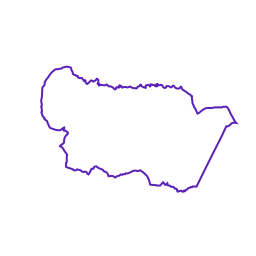 Derre, Zambezia, Mozambique (Mercator projection), rotated 296°
{"feature_id": "85939544B72257349680566", "entity_name": "Derre", "entity_type": "district", "adm_level": 2, "iso_a3": "MOZ", "parent_name": "Mozambique", "parent_adm1": "Zambezia", "projection": "mercator", "projection_center": [36.148, -17.057], "detail": "fine", "context": "isolated", "style": "outline", "palette": "violet", "viewbox_px": 256, "rotation_deg": 296, "n_neighbors": 0, "source": "geoboundaries", "source_scale": "gbopen_adm2", "svg_char_len": 5701}
<svg xmlns="http://www.w3.org/2000/svg" viewBox="0 0 256 256"><g transform="rotate(296 128 128)"><path d="M186.7,159.7L188.1,158.1L188.3,157.7L188.3,157.4L187.9,157.2L186.6,157.1L186.1,156.7L185.6,156.0L185.2,155.6L185.0,154.7L184.9,152.9L185.3,151.9L185.9,151.1L186.0,150.4L185.6,149.8L185.2,149.6L184.4,149.5L183.6,149.2L183.3,148.8L183.5,147.1L183.4,146.2L182.4,144.2L182.2,144.1L181.3,144.3L180.7,144.1L180.1,143.6L180.0,142.7L180.1,142.1L180.8,140.7L181.3,140.0L181.4,139.3L181.3,138.8L181.1,138.5L180.3,137.8L180.0,137.2L180.1,136.6L180.5,135.1L180.3,134.8L179.9,134.6L178.9,134.6L178.8,134.8L178.8,135.6L178.5,135.9L178.1,135.7L177.8,135.2L177.6,134.6L177.6,134.0L178.1,133.6L178.3,133.2L178.3,132.8L177.9,132.1L177.6,131.4L177.6,130.4L177.4,129.7L177.1,129.2L175.8,129.8L175.5,129.8L175.1,129.7L175.0,129.4L175.5,128.3L175.6,127.5L175.5,127.2L174.4,125.8L174.0,125.4L173.7,125.4L173.0,125.6L172.2,126.3L171.8,126.3L171.7,125.2L171.4,124.3L171.5,123.4L171.5,121.7L171.8,121.3L172.4,120.9L172.5,120.6L172.4,120.2L172.1,120.0L171.0,119.9L170.6,119.8L170.0,119.4L169.2,118.6L167.8,118.6L167.5,118.4L167.2,117.9L167.0,117.2L166.6,116.4L166.0,114.1L166.1,111.7L165.9,111.3L164.3,110.0L164.1,109.3L163.9,108.2L163.4,107.0L162.4,105.6L161.8,105.2L161.9,104.7L162.6,103.9L162.8,103.6L162.7,101.8L162.2,101.5L161.7,101.5L161.3,101.9L161.1,102.4L160.9,102.6L160.7,102.5L160.4,102.1L159.7,100.1L159.4,99.7L158.2,100.0L157.6,99.9L157.3,99.7L156.9,99.2L157.1,98.3L157.8,96.7L157.8,93.9L157.6,93.4L157.1,92.8L157.0,92.2L157.2,91.4L157.7,90.6L157.8,90.0L157.5,89.5L156.5,88.8L155.8,87.7L154.9,84.6L154.2,84.0L153.7,83.7L153.5,83.3L154.0,82.7L155.1,82.6L155.1,82.4L154.9,82.1L154.4,81.7L154.5,81.3L155.3,81.4L156.1,81.3L157.0,80.8L157.7,80.6L158.1,80.4L158.3,80.1L158.5,79.1L158.7,78.9L158.7,78.6L158.5,78.3L158.1,78.2L157.0,78.1L156.4,78.0L156.1,77.7L155.4,76.9L154.6,76.7L154.5,76.2L154.8,74.7L154.6,74.0L154.4,73.8L152.3,73.2L151.3,72.7L150.5,72.5L149.9,72.2L149.6,71.6L149.8,71.0L150.6,70.0L150.8,69.3L151.1,69.0L151.8,69.0L152.0,68.8L151.7,68.3L151.1,67.8L151.1,67.6L151.4,67.5L151.9,67.6L151.8,66.1L152.7,64.7L152.5,64.0L151.7,62.9L151.5,61.7L151.7,60.6L152.4,60.3L152.7,60.0L152.6,59.4L152.3,58.7L152.5,57.4L152.2,56.4L152.5,54.7L152.9,54.4L153.8,53.9L155.6,51.5L156.9,50.7L157.1,50.3L157.0,48.3L156.6,47.0L156.1,45.7L154.8,44.2L153.9,43.0L153.3,42.6L152.5,42.3L152.1,42.0L151.4,40.8L150.1,39.3L149.6,38.0L148.8,36.9L147.7,36.6L147.0,36.1L144.6,35.1L143.2,34.7L139.1,34.0L138.0,33.9L136.4,33.4L132.9,33.0L132.2,33.3L131.4,33.7L130.4,34.1L129.4,34.0L128.6,33.8L127.3,33.3L125.8,33.7L124.2,34.5L121.1,35.7L117.9,37.1L114.6,37.9L113.1,38.9L111.5,40.2L110.8,40.5L109.3,40.5L108.5,41.4L107.1,42.1L105.6,43.3L105.0,43.4L104.3,43.2L104.1,43.3L104.1,43.7L103.5,43.9L101.5,45.8L101.0,46.6L100.6,48.1L100.3,48.3L99.7,48.4L99.7,49.2L99.0,50.2L99.0,51.7L98.6,52.4L98.0,53.0L97.2,53.6L96.0,55.2L95.3,55.8L94.2,57.5L94.0,57.9L94.0,58.8L94.2,60.1L94.4,62.6L94.7,63.7L95.0,65.1L95.7,67.1L96.1,67.8L96.5,68.1L98.4,69.3L99.7,69.8L100.4,70.5L99.8,70.8L97.9,70.9L97.6,71.2L97.5,71.9L98.1,72.6L98.2,73.0L98.0,73.8L97.8,75.0L97.5,76.1L96.8,76.3L96.1,76.3L93.5,75.5L91.8,75.3L89.5,75.7L87.1,76.8L86.7,76.8L86.3,76.8L85.3,76.4L83.5,75.3L82.1,74.8L81.8,74.8L81.7,75.4L82.0,76.3L81.5,77.7L80.3,79.8L79.4,81.1L77.5,84.8L77.2,85.0L75.9,85.4L74.1,86.1L71.5,87.5L70.3,87.9L69.4,87.7L68.9,87.8L67.2,88.6L65.8,89.6L66.7,96.4L66.4,97.5L66.5,98.5L66.6,98.9L67.1,99.7L68.2,100.1L68.6,100.7L68.7,101.5L69.2,103.5L69.0,104.9L68.8,105.3L68.7,106.6L68.9,107.0L70.0,108.6L70.2,109.2L70.1,110.1L69.1,111.5L69.0,112.8L69.5,112.9L74.3,113.2L75.1,113.0L75.5,113.2L75.8,114.1L76.3,114.8L77.0,114.6L78.2,114.7L78.9,115.2L79.7,116.3L79.3,117.5L79.2,118.4L79.2,121.3L79.4,123.2L79.1,124.3L78.7,124.9L78.5,125.8L78.8,126.5L78.8,128.1L77.6,130.2L77.0,130.8L76.4,131.2L76.1,131.7L77.5,133.7L78.1,135.0L78.2,136.4L77.9,138.3L80.0,139.3L81.0,140.7L81.6,141.3L83.0,141.7L83.2,143.1L84.4,143.9L84.6,144.3L85.2,145.6L86.2,145.8L86.9,147.5L89.7,150.0L91.1,150.8L91.9,151.7L92.7,152.8L93.1,153.7L93.4,155.1L93.8,156.0L94.9,157.0L95.4,157.7L95.1,158.6L94.8,161.0L94.2,163.2L93.3,165.7L92.9,166.5L91.2,168.8L89.1,170.9L87.5,172.1L87.1,172.4L86.9,172.9L87.0,173.5L87.8,175.3L87.9,176.4L88.8,177.6L89.0,178.2L88.8,179.0L89.1,179.6L89.8,180.7L90.1,181.8L90.8,182.3L94.5,183.2L94.6,183.5L94.3,184.3L93.6,185.3L93.2,186.2L93.4,186.6L95.6,187.6L95.3,187.9L94.4,187.9L94.1,188.1L94.0,188.3L94.0,189.2L94.6,191.0L94.5,191.4L94.2,192.1L94.1,192.7L94.3,193.4L94.9,194.2L94.9,195.0L94.7,195.8L94.0,196.6L94.1,197.0L94.5,197.6L94.5,198.4L94.1,199.2L93.0,199.8L92.6,200.4L93.1,201.4L93.4,201.6L93.8,201.6L94.2,202.2L94.6,202.6L94.8,203.5L94.6,204.7L94.8,205.4L95.0,205.5L95.9,205.5L96.0,205.9L95.9,206.7L96.0,206.8L96.4,206.9L96.7,206.8L96.8,206.7L97.1,206.7L97.3,207.2L97.4,207.3L97.9,207.4L98.3,207.8L98.9,208.1L99.8,208.3L100.6,208.9L101.3,209.3L101.7,209.7L102.0,210.3L102.4,210.3L102.9,211.5L103.9,211.9L105.3,215.3L117.8,215.3L141.8,215.5L162.8,215.8L172.6,215.6L173.2,217.0L173.5,217.2L174.7,218.0L176.4,218.7L177.3,218.9L178.1,219.4L179.6,221.4L180.0,223.0L180.8,221.3L181.3,220.4L186.4,213.3L189.4,209.5L189.9,208.4L190.2,207.4L190.2,207.0L188.7,204.1L187.5,203.1L187.2,202.7L186.8,201.1L186.0,200.1L185.2,198.1L184.3,196.6L182.9,194.8L181.6,192.3L180.7,190.3L180.1,189.6L179.4,188.9L177.6,187.5L176.4,187.0L174.4,185.9L173.2,185.5L171.4,184.2L171.7,183.6L172.6,182.8L173.8,181.4L175.3,179.3L176.0,177.9L177.1,177.0L178.3,175.3L180.8,173.8L181.5,173.2L183.8,171.8L184.6,171.7L184.6,170.6L184.7,170.2L185.2,169.7L185.3,169.4L185.2,168.1L185.3,166.9L186.1,164.0L186.1,162.5L186.4,161.3L186.4,160.3L186.7,159.7Z" fill="none" stroke="#5b21b6" stroke-width="2"/></g></svg>